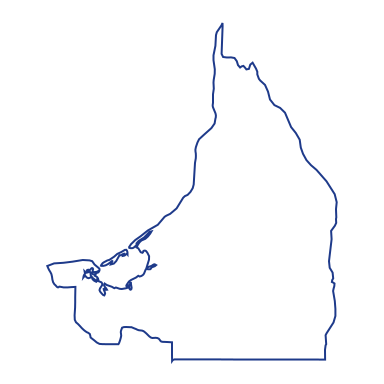 the State of Campeche
{"feature_id": "MEX-2722", "entity_name": "Campeche", "entity_type": "State", "adm_level": 1, "iso_a3": "MEX", "parent_name": "Mexico", "parent_adm1": "", "projection": "equal_earth", "projection_center": [-91.225, 19.313], "detail": "fine", "context": "isolated", "style": "outline", "palette": "blue", "viewbox_px": 384, "rotation_deg": 0, "n_neighbors": 0, "source": "natural_earth", "source_scale": "10m", "svg_char_len": 5166}
<svg xmlns="http://www.w3.org/2000/svg" viewBox="0 0 384 384"><path d="M326.2,344.2L325.6,345.3L325.0,349.8L325.1,359.6L306.7,359.5L288.4,359.5L270.0,359.5L251.6,359.5L233.2,359.5L214.8,359.4L196.5,359.4L178.1,359.4L174.5,359.4L172.8,360.0L172.1,361.0L172.0,355.4L172.0,349.9L172.0,344.4L172.0,342.3L167.0,342.0L164.6,341.9L162.2,341.8L161.0,341.4L160.3,340.7L159.7,339.8L158.8,338.7L157.3,338.0L155.6,337.8L153.9,337.9L152.3,338.0L150.8,337.5L149.2,336.3L147.7,334.8L146.4,333.5L144.9,332.2L143.6,331.2L142.1,330.6L140.3,330.4L138.7,330.2L137.3,329.7L135.9,329.0L134.3,328.4L133.4,328.0L132.4,327.6L131.5,327.2L130.4,327.2L128.5,327.1L126.1,327.0L123.8,327.1L122.1,327.7L121.9,328.3L121.5,329.3L121.1,330.5L120.9,331.2L120.8,332.4L121.0,333.7L121.1,334.8L121.2,335.8L120.8,337.7L120.0,340.5L119.1,343.0L118.4,344.2L114.3,344.2L110.3,344.2L106.2,344.2L102.1,344.1L99.5,343.9L96.8,342.5L94.3,340.4L92.0,338.6L90.6,337.5L90.3,335.8L89.8,334.0L88.2,332.8L87.0,332.3L85.9,331.6L84.8,330.8L83.7,329.9L81.8,328.1L80.0,326.1L78.1,324.1L76.0,322.3L74.8,319.8L74.6,315.4L74.9,310.8L75.1,307.4L75.2,302.3L75.2,297.2L75.3,292.0L75.4,286.9L71.6,287.1L67.6,287.4L63.6,287.4L59.9,286.7L59.2,286.7L58.6,287.2L58.0,287.4L57.1,287.0L56.4,286.3L55.8,285.6L55.1,284.9L54.4,284.3L53.1,282.2L52.4,279.6L52.0,276.7L51.4,274.1L50.4,272.1L49.1,270.0L48.1,267.9L47.3,266.0L54.1,263.4L63.4,262.8L72.3,261.7L82.8,260.0L89.6,260.4L92.2,261.2L94.5,264.5L98.9,268.2L99.5,269.0L99.5,270.3L99.0,271.6L98.1,272.5L97.2,272.8L97.5,272.0L97.8,271.3L96.8,271.8L95.8,272.0L93.5,272.1L92.6,271.6L92.8,270.4L93.1,269.1L92.6,268.2L92.0,268.1L91.5,268.3L89.8,270.1L89.5,270.1L89.1,269.9L88.3,269.7L87.2,270.0L86.9,270.6L87.4,271.1L88.6,271.3L88.6,272.1L87.5,272.5L86.5,272.6L85.5,272.2L84.6,271.3L84.7,271.9L84.8,272.4L84.9,272.9L85.2,273.6L84.5,274.3L84.0,275.1L83.6,276.2L83.4,277.4L83.8,276.9L85.2,275.8L86.7,277.4L87.5,277.9L88.6,278.2L90.5,277.5L91.6,277.3L92.1,277.8L92.6,279.3L94.0,280.6L95.6,281.5L97.1,282.0L94.9,279.7L92.6,277.9L90.8,275.6L90.3,272.1L92.0,273.2L92.9,274.2L94.0,274.5L96.0,273.6L94.9,275.8L96.1,276.4L97.2,277.2L98.0,278.4L98.3,279.7L97.2,279.0L97.1,279.3L97.1,279.6L97.0,279.8L96.6,279.7L98.1,281.0L101.4,282.3L102.3,283.6L102.1,285.2L100.0,288.4L99.5,290.1L100.1,291.6L101.7,293.5L103.3,295.1L104.3,295.4L105.1,293.7L104.8,292.0L104.0,290.3L103.5,288.2L104.1,289.1L105.0,289.6L105.9,289.8L106.9,289.7L106.0,288.2L104.8,286.8L104.1,285.3L104.7,283.6L106.8,285.0L111.9,286.8L114.3,288.2L115.9,287.5L119.7,288.8L121.8,289.0L125.8,288.3L127.8,287.7L129.2,286.6L129.3,288.3L129.9,289.4L130.7,289.7L131.4,289.0L131.6,287.7L131.0,284.3L130.9,282.8L130.3,282.8L130.2,283.4L129.9,284.3L129.8,285.1L128.9,285.2L126.7,286.4L126.3,285.9L126.7,284.8L128.6,282.0L129.2,281.3L131.2,279.9L135.9,277.6L138.3,275.8L139.6,276.5L141.1,276.1L142.5,275.3L143.5,274.4L144.2,273.2L145.6,269.7L146.1,269.0L148.9,269.3L150.3,269.2L150.9,268.6L151.6,267.4L154.8,266.2L156.1,265.1L154.7,264.3L153.6,264.5L151.5,265.9L147.5,267.3L146.4,268.2L149.0,259.7L149.1,256.2L147.4,252.8L146.1,251.1L145.4,250.7L144.4,250.6L143.5,250.9L143.2,251.6L142.9,252.4L142.4,252.8L140.7,252.2L138.3,248.3L136.7,247.5L137.8,244.8L139.5,242.3L141.4,240.5L145.3,238.8L147.9,236.5L150.2,233.6L151.5,231.4L149.5,231.9L144.1,237.5L138.6,241.0L136.5,243.4L136.7,246.0L135.9,246.6L135.5,246.0L133.6,247.7L132.6,248.1L130.9,248.2L129.3,247.9L129.1,247.1L131.0,244.2L135.3,240.0L140.7,236.2L147.8,230.5L157.8,224.8L164.6,216.8L166.3,215.7L170.1,213.9L176.6,208.4L183.2,197.7L184.9,196.1L187.6,194.9L190.4,192.0L192.7,188.2L193.7,184.5L195.0,162.9L195.8,158.2L195.9,155.9L195.8,153.4L195.5,151.6L195.4,149.7L195.9,147.1L197.5,142.4L199.1,139.2L203.9,134.8L211.4,128.1L214.6,123.5L215.4,118.8L215.8,117.3L215.9,115.3L215.5,113.4L213.0,107.3L212.7,106.0L212.7,105.0L213.0,102.8L213.0,94.3L213.8,88.7L213.5,82.5L213.7,80.0L214.7,73.8L214.8,69.3L213.5,60.2L213.5,55.3L215.4,45.9L216.0,35.1L216.8,32.2L221.5,25.3L222.5,23.0L222.6,26.2L221.6,53.9L223.1,57.0L227.0,57.5L231.1,57.4L234.5,58.0L236.8,61.2L238.0,65.1L240.1,67.5L241.6,66.4L243.4,65.9L244.9,67.5L246.4,69.4L248.9,68.9L250.3,64.6L252.6,62.7L256.0,68.6L257.3,71.7L257.3,74.4L258.9,78.8L260.2,80.5L265.0,84.9L268.0,91.6L270.0,99.5L274.4,105.1L280.1,107.9L285.0,112.7L291.1,127.1L295.8,133.0L299.7,139.7L300.8,147.6L303.0,153.8L306.5,160.2L311.1,165.3L316.5,169.9L326.5,181.3L334.7,194.2L336.7,202.2L336.0,209.1L336.3,217.4L336.0,219.0L336.2,222.9L334.9,225.7L331.1,230.9L331.6,239.2L329.0,261.2L329.7,267.8L332.6,272.6L333.2,278.4L332.2,280.1L331.9,282.0L333.2,282.6L334.5,283.5L334.3,286.1L333.6,288.6L333.1,291.0L334.8,301.0L335.4,308.9L335.4,316.0L333.5,322.5L326.5,333.4L325.6,335.2L326.2,344.2ZM121.2,252.1L124.9,249.9L126.3,249.8L126.9,250.6L127.3,251.6L127.5,252.7L127.5,254.4L127.2,254.0L126.9,253.6L125.1,255.2L124.1,255.7L123.0,255.9L123.3,255.1L123.9,254.4L124.5,253.9L125.2,253.6L123.6,253.8L120.7,255.3L119.5,255.2L116.2,261.1L113.8,263.6L110.9,264.4L112.7,260.5L108.3,263.9L105.7,265.3L103.2,265.9L101.6,265.9L101.0,265.7L101.3,264.9L102.6,263.2L103.5,262.5L107.2,260.5L109.5,259.8L114.1,256.7L117.3,253.9L121.2,252.1Z" fill="none" stroke="#1e3a8a" stroke-width="2"/></svg>